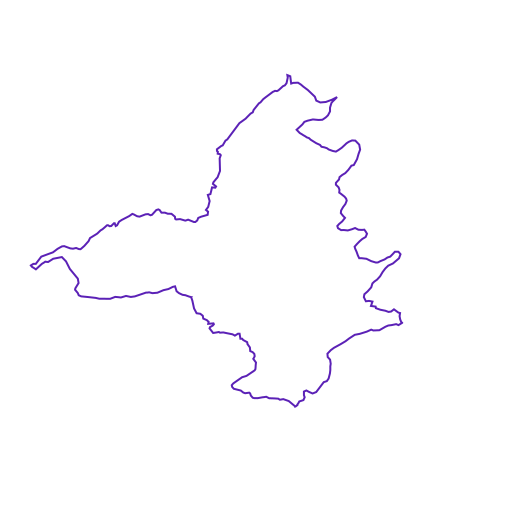 Gueckedou, Guéckédou, Guinea, rotated 46°
{"feature_id": "49546643B20526276358370", "entity_name": "Gueckedou", "entity_type": "district", "adm_level": 2, "iso_a3": "GIN", "parent_name": "Guinea", "parent_adm1": "Guéckédou", "projection": "natural_earth1", "projection_center": [-10.315, 8.69], "detail": "fine", "context": "isolated", "style": "outline", "palette": "violet", "viewbox_px": 512, "rotation_deg": 46, "n_neighbors": 0, "source": "geoboundaries", "source_scale": "gbopen_adm2", "svg_char_len": 5882}
<svg xmlns="http://www.w3.org/2000/svg" viewBox="0 0 512 512"><g transform="rotate(46 256 256)"><path d="M147.7,107.8L149.7,109.2L152.9,114.0L153.3,116.7L152.6,118.6L152.4,124.8L152.2,125.5L151.9,126.4L150.4,127.6L150.1,128.6L149.6,130.0L148.5,138.9L148.2,141.9L148.6,146.1L148.2,147.8L149.3,156.3L150.4,158.5L149.8,161.0L149.9,165.5L150.0,168.1L148.9,175.7L149.1,176.9L149.9,181.7L152.2,195.7L151.8,197.8L153.3,203.1L152.7,204.6L152.7,204.8L152.1,210.0L153.1,210.9L153.3,211.1L153.8,211.1L154.5,211.0L155.0,211.6L155.8,212.5L157.4,211.4L157.8,211.2L159.0,211.3L160.5,214.3L169.8,222.8L172.7,229.0L172.8,230.1L172.8,230.5L173.4,235.5L174.2,236.9L178.2,236.4L178.6,237.8L176.1,240.0L178.0,242.9L179.8,245.8L178.6,248.2L184.3,251.2L187.5,256.3L188.1,260.0L190.8,259.7L192.8,262.2L189.6,268.2L188.5,271.1L189.6,273.6L189.4,276.0L189.1,276.3L188.5,277.0L182.7,279.6L181.9,281.4L181.4,282.3L176.7,285.0L175.9,286.0L174.2,288.1L173.1,288.3L171.4,287.0L166.9,287.5L164.8,289.6L164.3,290.1L164.2,290.1L163.9,290.3L161.6,291.4L159.2,293.9L157.2,293.6L155.9,293.4L155.2,293.7L154.6,293.9L154.2,294.8L153.7,295.7L154.1,302.2L153.4,303.6L150.9,304.5L149.3,306.5L146.8,312.4L145.9,313.1L144.8,313.9L144.2,314.1L141.3,315.0L139.8,315.7L139.4,318.2L139.2,319.5L137.4,325.5L136.8,327.5L136.2,330.7L137.4,334.6L137.0,336.1L135.6,335.5L134.3,334.9L134.0,335.3L133.8,335.4L133.8,337.6L133.9,339.2L132.9,340.6L131.0,341.1L130.4,341.9L130.3,344.9L130.1,347.9L129.7,349.6L129.6,350.2L129.6,354.5L129.3,356.1L127.8,362.9L129.0,366.1L129.5,372.5L129.3,376.7L129.2,377.5L128.0,378.6L125.3,379.8L123.6,382.6L121.5,384.3L115.7,387.1L114.3,388.9L113.7,391.1L113.0,393.8L112.6,397.3L112.3,399.6L110.8,402.9L107.3,410.9L108.7,419.9L107.0,421.6L106.4,424.5L108.0,424.7L110.8,424.0L112.7,423.6L112.9,415.5L113.5,412.8L113.7,411.5L114.4,411.0L115.9,409.7L117.1,403.8L121.9,396.4L123.9,396.4L125.8,396.4L127.9,396.4L136.0,398.9L148.5,399.9L152.2,402.4L153.7,408.2L153.8,408.5L154.6,409.6L158.8,409.9L161.1,410.8L163.6,409.8L168.4,405.7L174.8,400.4L177.9,398.4L185.5,390.6L187.6,385.7L189.8,383.8L192.0,382.0L193.8,378.5L194.4,377.3L194.8,377.0L198.5,374.5L200.9,371.2L205.9,360.6L206.9,359.5L207.9,358.1L210.8,356.3L213.3,353.2L213.9,352.5L216.3,346.3L218.9,342.0L219.5,340.2L220.4,337.3L220.7,336.8L221.6,335.3L226.2,337.6L229.2,337.2L232.9,335.8L235.2,334.0L236.5,333.4L239.1,332.1L240.5,331.2L240.5,331.3L242.0,331.9L243.9,332.8L250.7,337.0L255.3,338.3L255.9,338.5L258.9,336.2L262.0,335.8L264.4,337.4L268.0,335.9L269.2,335.9L270.4,335.8L271.6,337.5L274.0,334.5L274.9,333.4L275.8,333.7L275.9,334.3L275.9,334.6L276.0,335.4L275.2,338.5L275.3,338.7L275.8,339.7L279.7,340.1L281.6,340.3L283.3,337.9L284.9,335.5L286.1,335.2L288.3,332.6L291.1,330.7L296.0,327.3L298.1,326.6L298.6,326.5L299.4,322.9L300.5,321.8L304.7,324.7L305.9,323.4L307.4,323.6L310.0,322.8L311.8,322.2L313.1,323.0L313.4,323.3L314.7,323.5L317.5,323.9L320.4,326.2L322.8,325.2L325.2,325.2L326.4,326.0L327.2,326.6L327.7,328.0L328.1,329.4L330.3,329.7L332.6,330.0L334.1,331.8L336.2,334.1L337.0,335.1L337.1,335.3L337.3,336.6L335.7,345.8L335.6,346.2L335.1,347.2L333.5,350.3L333.5,350.7L333.0,353.7L331.9,360.7L331.9,360.9L331.9,361.3L332.1,363.2L333.6,364.1L336.1,364.2L342.2,360.4L345.4,360.0L346.0,359.7L347.2,359.1L349.6,355.8L350.8,355.7L352.9,356.7L353.9,356.7L355.2,356.8L355.7,356.8L357.0,356.0L359.2,353.7L359.4,353.6L362.2,349.4L363.0,348.4L364.4,346.4L367.3,345.4L367.5,345.3L371.0,341.9L374.1,339.1L374.5,339.0L375.9,338.7L376.5,337.9L377.9,335.8L383.1,333.2L391.2,332.3L391.5,332.5L391.7,332.2L392.0,329.8L391.6,329.5L391.3,327.8L390.7,325.9L392.6,322.0L391.4,319.1L389.4,318.2L386.8,315.7L387.7,313.2L390.5,312.3L394.2,310.8L395.7,307.2L394.8,301.3L393.8,294.9L395.2,292.0L394.6,288.9L391.9,284.5L389.7,281.8L387.0,279.2L385.4,277.1L382.0,274.7L378.5,274.6L375.9,272.5L375.7,267.6L376.2,263.7L378.2,256.4L379.5,250.8L380.0,246.4L381.3,239.7L384.1,235.4L387.4,228.8L389.0,224.3L391.1,223.3L395.1,218.8L396.8,212.0L397.9,209.1L399.8,206.6L402.4,202.5L404.7,201.5L405.6,197.3L405.5,197.2L404.5,197.5L403.6,197.1L401.7,196.3L399.0,194.5L397.1,192.0L395.6,192.9L390.2,193.8L389.8,197.4L388.3,199.5L385.2,201.0L381.0,203.9L376.8,206.0L375.5,205.1L371.8,208.0L369.7,203.9L366.8,205.9L364.9,208.4L360.5,207.0L358.8,204.6L359.0,200.3L358.6,194.9L356.6,191.3L356.6,188.6L357.1,185.4L356.8,180.8L355.5,176.1L354.8,171.6L354.8,167.6L356.5,162.7L357.0,154.7L355.1,150.8L351.9,150.6L349.4,153.1L349.6,156.1L349.7,159.9L348.4,162.5L347.8,165.9L346.1,170.1L345.3,172.8L344.0,174.3L339.7,176.7L334.7,178.5L330.9,181.6L329.3,183.3L326.3,182.3L322.8,180.7L319.7,179.6L317.8,178.6L317.5,174.7L317.4,171.2L317.6,167.7L318.5,163.9L317.1,160.7L314.5,160.1L312.3,159.8L311.4,161.0L310.5,162.0L308.2,164.1L304.7,165.3L303.4,168.4L301.4,172.2L298.3,174.8L296.5,176.8L293.0,177.7L290.9,176.7L290.7,174.1L291.0,170.0L290.4,165.5L287.7,165.5L284.1,165.2L282.4,163.2L281.3,159.4L280.7,155.6L279.2,152.3L277.3,151.3L274.8,151.1L270.3,151.7L268.2,152.1L266.4,150.0L264.0,148.9L260.4,149.0L260.2,149.0L258.9,147.7L258.6,143.1L257.3,141.1L257.6,137.7L258.4,134.2L258.2,129.8L257.7,126.8L257.3,124.6L258.5,122.5L257.5,119.2L257.3,118.5L256.5,116.0L253.8,111.3L251.8,107.2L247.6,104.4L242.0,104.4L239.6,106.6L238.3,110.0L237.8,112.7L237.8,114.7L237.7,119.1L237.1,123.0L236.4,126.0L233.8,127.8L229.9,129.7L227.7,130.1L225.4,131.3L222.9,133.0L220.5,132.8L216.7,134.3L212.7,135.3L210.3,135.9L208.0,136.0L206.1,137.0L203.8,137.5L201.8,138.1L200.4,138.4L197.9,139.1L193.4,139.1L193.6,131.2L193.1,128.0L194.5,124.9L197.3,120.2L201.6,116.5L204.1,113.6L204.5,111.4L204.8,109.4L204.8,106.5L203.4,102.3L200.7,99.7L198.3,95.4L198.1,93.5L198.1,90.9L198.0,87.3L196.3,92.9L193.7,98.8L190.2,103.1L186.1,104.7L182.3,103.0L172.7,103.4L167.1,104.3L163.9,104.6L160.5,105.4L157.3,109.0L156.4,110.9L155.4,110.2L153.7,108.9L150.5,106.5L147.7,107.8Z" fill="none" stroke="#5b21b6" stroke-width="2"/></g></svg>